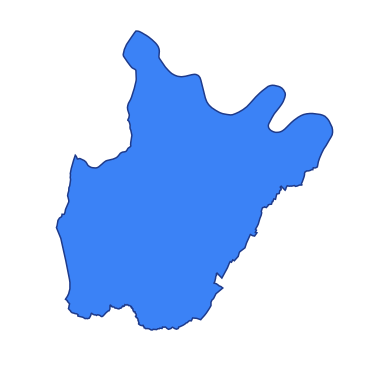 outline of Manorom, Chai Nat, Thailand, rotated 102°
{"feature_id": "78962969B59709031749795", "entity_name": "Manorom", "entity_type": "district", "adm_level": 2, "iso_a3": "THA", "parent_name": "Thailand", "parent_adm1": "Chai Nat", "projection": "orthographic", "projection_center": [100.194, 15.331], "detail": "fine", "context": "isolated", "style": "filled", "palette": "blue", "viewbox_px": 384, "rotation_deg": 102, "n_neighbors": 0, "source": "geoboundaries", "source_scale": "gbopen_adm2", "svg_char_len": 6009}
<svg xmlns="http://www.w3.org/2000/svg" viewBox="0 0 384 384"><g transform="rotate(102 192 192)"><path d="M270.0,144.9L258.9,141.6L253.9,140.7L252.2,140.2L252.5,138.8L249.9,138.0L250.5,136.3L245.4,133.4L241.8,133.2L240.6,132.9L235.6,128.6L230.7,128.1L221.4,126.1L221.4,125.8L221.9,124.5L222.1,123.7L222.1,121.6L218.4,120.0L218.2,121.7L215.9,121.0L215.2,122.2L212.0,121.1L209.5,120.5L203.9,120.1L200.3,119.5L197.8,119.5L197.2,119.9L196.5,120.2L193.1,119.9L192.6,119.7L192.1,118.4L191.5,118.1L191.8,116.1L189.8,114.9L189.2,114.7L188.6,114.7L187.7,112.7L187.4,111.7L184.8,111.5L184.6,111.5L184.5,110.9L181.8,110.6L181.7,110.3L181.8,108.8L176.4,108.7L175.3,106.4L172.4,106.4L171.4,105.4L170.3,105.4L168.9,106.7L168.7,106.7L167.8,106.0L170.9,101.3L169.9,100.9L168.0,100.8L166.1,100.1L166.1,98.1L165.7,96.8L165.5,95.6L164.4,93.3L164.6,92.7L165.0,92.1L164.4,90.5L162.9,88.4L162.4,86.1L161.9,86.1L161.7,86.6L160.6,86.6L159.0,86.2L154.4,85.6L152.6,85.5L151.2,85.6L150.8,85.8L149.1,85.7L148.5,85.0L147.7,84.5L147.0,82.1L146.1,80.5L145.1,79.5L145.1,78.5L143.1,78.4L142.9,76.7L142.6,76.0L141.4,74.6L136.1,74.7L134.5,74.5L132.5,74.3L126.9,73.2L122.6,72.1L118.7,70.5L112.2,68.4L109.6,67.5L107.4,66.9L106.6,66.8L104.3,66.9L101.9,67.5L99.5,68.5L94.3,72.5L92.8,74.0L91.8,75.3L90.3,77.7L89.7,80.2L89.5,82.8L90.1,90.1L90.6,92.7L91.7,96.1L93.0,98.9L94.6,101.2L96.9,103.8L100.8,107.3L103.3,109.2L111.0,114.2L112.7,115.6L114.2,117.2L115.2,118.9L115.7,120.2L116.2,122.2L116.3,123.2L116.1,125.2L115.6,127.1L115.2,128.0L114.2,129.5L113.0,130.5L111.5,131.1L110.7,131.2L109.3,131.1L102.5,129.2L98.4,127.8L91.4,124.3L87.6,122.6L84.6,121.6L80.3,120.9L77.7,120.9L76.6,121.2L75.6,121.6L74.7,122.4L73.3,123.5L72.4,124.7L71.7,125.7L70.9,128.0L70.7,129.6L70.6,133.6L70.9,135.7L71.7,137.6L72.9,139.5L73.9,140.4L78.6,144.4L81.0,146.2L85.8,149.4L93.3,153.7L97.2,156.1L100.9,159.3L104.1,162.8L106.4,165.9L108.0,168.5L108.6,170.3L108.9,174.0L109.0,178.2L108.7,180.6L108.3,182.4L107.2,185.8L105.5,190.1L103.8,192.9L102.8,194.2L100.7,196.3L97.3,198.5L80.9,206.5L78.7,207.8L78.0,208.5L77.0,209.7L76.6,210.6L76.2,212.6L76.4,214.2L77.3,216.6L80.1,222.4L81.4,226.0L81.6,227.4L81.8,230.1L81.6,231.7L81.3,233.4L80.4,236.3L79.4,238.2L78.0,240.4L75.3,244.1L68.0,251.8L66.6,252.5L61.1,253.2L59.1,253.9L57.1,255.1L56.1,256.0L54.9,257.3L53.9,258.6L51.4,262.7L49.5,266.4L48.7,268.3L46.7,274.1L46.0,276.7L45.9,278.3L46.2,280.3L48.1,281.3L54.3,283.9L61.3,286.7L66.6,287.8L71.7,287.9L73.1,287.4L73.8,286.8L78.3,282.1L81.1,278.9L82.6,277.0L83.1,276.1L83.9,273.2L84.6,272.2L84.9,272.1L93.2,270.0L95.0,269.8L102.6,270.0L112.0,270.9L114.5,271.4L118.5,272.6L120.8,272.8L122.8,272.7L124.9,272.0L129.7,269.3L132.5,269.2L134.4,269.7L135.2,269.7L135.6,268.9L136.2,268.2L138.1,267.1L139.6,266.4L141.6,266.1L143.1,265.6L144.1,264.8L149.0,262.6L156.4,262.2L158.5,261.9L159.7,261.4L160.8,262.0L162.1,263.3L162.9,263.8L165.1,264.5L165.9,265.0L166.6,266.0L167.5,268.4L168.4,269.5L169.1,270.2L172.0,271.6L173.8,272.8L174.6,273.7L176.2,276.0L178.9,281.7L179.6,282.8L181.4,284.4L186.6,288.3L187.7,289.5L188.2,290.4L188.6,291.6L188.9,294.3L188.9,295.7L188.5,297.3L187.7,299.2L184.8,301.9L184.2,302.9L183.6,304.1L182.6,308.4L182.7,309.2L183.5,310.5L183.5,311.1L182.1,311.9L180.8,313.1L180.3,313.8L185.2,314.4L194.3,315.0L199.3,314.9L200.6,314.4L203.3,314.1L204.1,313.7L205.3,313.3L211.4,312.9L213.4,313.3L216.6,312.8L219.2,313.0L221.6,312.9L222.6,312.3L225.8,310.8L227.3,310.5L235.4,312.1L238.3,312.0L240.2,312.3L240.5,312.6L240.8,314.5L241.5,314.4L243.2,314.4L245.0,316.2L247.6,317.2L253.0,317.0L255.0,317.2L264.6,310.7L285.6,301.1L302.9,293.7L305.9,292.6L312.1,291.3L317.1,291.5L320.0,292.2L323.2,293.5L324.2,291.3L325.1,291.0L325.8,289.7L326.4,289.2L326.8,288.5L329.0,288.6L330.3,288.5L331.8,288.6L332.7,287.5L333.5,286.1L334.1,285.9L335.0,284.2L335.1,282.1L335.3,281.1L335.1,279.6L335.6,278.1L335.9,277.9L336.9,278.0L337.1,277.8L337.2,272.7L338.1,270.2L337.7,269.4L337.6,267.7L337.1,267.0L336.9,266.4L336.7,266.2L333.9,265.4L331.8,265.3L331.6,265.2L331.6,264.6L332.1,263.8L332.5,262.0L332.2,260.8L332.6,259.7L332.3,259.4L331.8,259.0L331.6,258.6L331.9,256.3L332.6,255.0L332.6,254.3L332.3,253.7L331.4,253.0L327.7,250.8L325.6,249.1L325.4,248.4L323.6,248.0L319.9,248.6L319.6,248.3L319.6,248.1L320.0,247.8L320.1,247.3L320.6,247.0L320.5,246.5L321.0,246.1L320.7,244.6L321.0,243.9L321.6,243.1L321.3,241.8L321.6,240.6L321.5,240.1L321.6,239.6L321.3,238.8L320.9,238.7L320.6,238.2L320.5,237.4L320.0,237.2L319.5,236.7L318.1,236.3L318.2,235.2L317.6,235.0L317.6,234.4L316.1,234.2L316.3,233.1L316.0,232.4L315.7,232.3L315.6,232.0L315.9,231.6L315.9,230.6L316.3,230.2L316.1,229.8L316.1,229.1L316.6,228.2L316.6,227.5L317.6,227.5L318.1,226.8L317.9,226.3L318.3,226.1L318.4,225.7L318.8,225.7L319.1,225.4L319.4,225.4L319.7,225.2L320.6,224.7L320.7,224.2L321.2,224.0L321.0,223.0L321.5,222.9L321.6,222.5L322.4,222.3L323.0,221.3L324.2,220.8L324.8,220.9L325.1,221.4L325.5,221.4L325.8,221.0L325.9,220.5L326.4,220.3L326.6,219.3L327.1,219.0L327.4,218.6L328.1,218.2L328.7,218.2L329.1,217.6L329.9,217.5L331.2,216.6L331.9,216.9L332.2,216.8L332.8,215.5L333.1,214.6L333.1,213.4L332.7,212.5L332.6,212.0L332.9,211.8L333.5,211.7L333.9,211.2L334.0,210.7L334.8,210.5L334.8,209.8L335.3,209.1L334.8,207.0L334.7,205.5L335.4,203.5L335.3,202.4L335.0,201.8L334.4,201.5L333.9,197.9L333.0,197.2L332.7,196.4L332.7,195.7L331.9,195.2L331.7,192.9L330.2,192.8L330.1,191.3L329.6,190.2L329.9,189.2L330.6,188.2L331.2,186.5L331.1,186.2L329.9,184.2L328.7,183.5L328.3,182.9L329.2,180.5L329.4,178.7L328.5,177.2L327.8,176.9L327.3,177.0L326.8,176.9L326.6,176.3L324.3,173.2L322.7,171.5L321.2,170.4L320.8,169.5L319.1,168.4L318.2,167.3L318.3,166.1L318.1,165.8L315.1,165.2L314.6,161.1L315.1,156.9L314.4,156.6L310.1,154.1L307.2,152.7L302.6,150.9L299.2,149.8L295.9,150.5L293.5,150.0L291.9,148.8L286.5,147.4L279.5,141.9L278.4,144.2L278.2,146.0L277.8,146.5L276.7,149.0L276.5,151.5L274.7,151.1L271.7,151.0L269.5,151.2L268.4,150.7L267.7,150.8L267.3,151.2L266.7,151.1L266.1,150.6L270.0,144.9Z" fill="#3b82f6" stroke="#1e3a8a" stroke-width="1.5"/></g></svg>